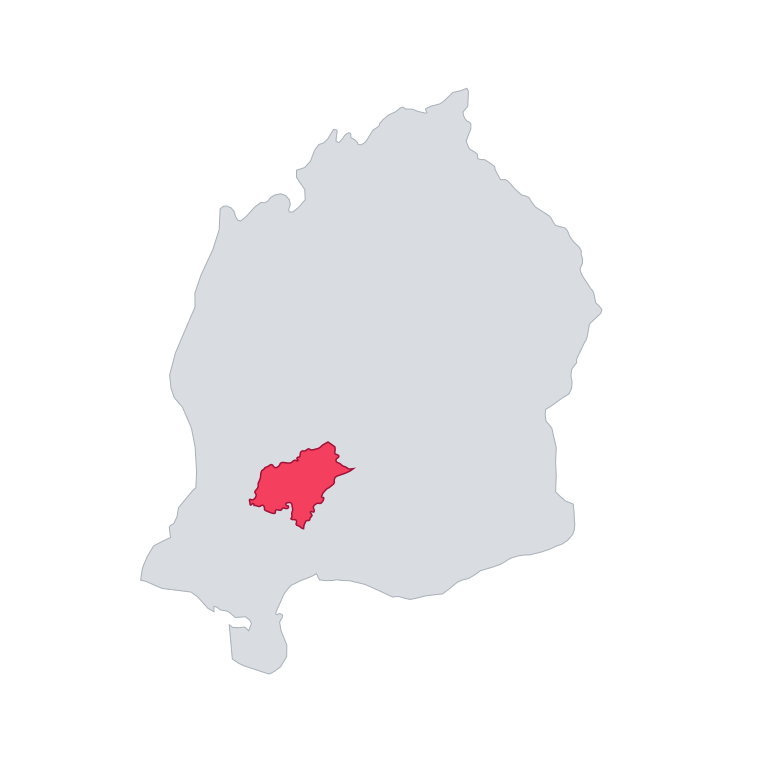 where Buzau sits in Romania, rotated 100°
{"feature_id": "ROU-314", "entity_name": "Buzau", "entity_type": "County", "adm_level": 1, "iso_a3": "ROU", "parent_name": "Romania", "parent_adm1": "", "projection": "albers", "projection_center": [26.856, 45.281], "detail": "fine", "context": "in_parent", "style": "filled", "palette": "rose", "viewbox_px": 768, "rotation_deg": 100, "n_neighbors": 0, "source": "natural_earth", "source_scale": "10m", "svg_char_len": 6729}
<svg xmlns="http://www.w3.org/2000/svg" viewBox="0 0 768 768"><g transform="rotate(100 384 384)"><path d="M591.8,431.5L598.8,441.0L607.7,445.9L628.0,450.9L629.8,450.2L629.9,449.2L628.5,447.8L628.2,446.0L629.2,443.8L632.0,443.7L636.6,445.5L645.2,442.4L657.8,434.4L669.4,432.5L680.3,436.7L685.9,441.8L689.6,446.7L688.8,452.9L688.2,456.8L685.9,472.8L684.2,478.9L681.2,485.6L648.0,494.6L650.0,490.7L649.1,484.1L647.5,479.0L650.5,474.4L642.9,472.9L639.7,475.5L637.3,480.0L639.8,490.0L636.3,495.6L634.9,498.8L634.9,506.2L632.9,509.4L632.5,512.9L637.8,511.9L635.6,518.3L625.8,530.8L622.4,538.1L623.9,567.0L619.7,584.4L619.5,589.6L608.6,589.9L605.4,589.6L595.1,587.2L583.5,582.8L576.6,573.9L572.2,567.6L562.5,570.6L560.6,569.9L557.9,566.8L550.6,564.8L541.5,564.9L521.1,553.3L518.9,551.3L503.0,553.3L479.1,559.0L460.8,566.0L441.8,578.5L434.0,588.1L425.0,593.1L412.3,596.7L389.6,594.8L366.2,589.4L341.0,583.5L327.3,586.0L308.8,583.2L281.2,575.9L260.6,573.1L240.0,575.8L236.7,572.9L236.1,569.6L237.1,565.1L240.1,561.6L245.2,559.1L248.0,556.4L248.4,553.6L243.0,548.8L232.0,541.9L227.6,537.7L226.5,536.7L226.4,533.1L224.2,530.2L219.9,528.0L216.7,524.1L214.6,518.7L215.4,513.7L219.0,509.2L223.5,507.4L228.8,508.3L231.1,507.0L230.4,503.7L225.4,499.2L216.2,493.6L206.3,495.8L195.8,506.0L188.6,507.3L184.7,499.8L177.2,495.1L166.1,493.0L159.5,489.8L157.2,485.5L152.5,482.0L142.0,477.9L142.1,474.6L143.9,473.9L147.7,473.9L152.9,473.5L153.8,471.8L154.0,470.1L150.1,467.7L146.1,465.9L144.1,464.3L142.9,462.6L142.7,460.9L144.0,459.9L145.6,459.9L147.3,459.0L148.5,455.2L150.9,452.1L152.5,451.1L152.6,448.7L151.1,446.4L149.0,444.3L145.8,442.9L135.9,438.9L131.1,433.8L128.0,433.4L123.3,430.5L118.2,426.1L114.0,420.0L109.3,415.8L108.2,414.2L108.2,412.8L109.2,411.2L109.3,409.5L108.4,403.7L109.7,397.8L109.9,392.2L110.1,389.7L109.2,388.8L108.2,389.6L106.9,390.6L105.7,390.7L102.4,386.3L98.4,377.6L95.5,374.6L89.7,370.3L84.9,366.7L81.8,359.4L78.4,353.8L81.1,351.7L95.9,349.7L102.4,353.4L105.5,352.5L108.7,350.2L110.5,348.3L110.9,346.2L112.6,343.7L117.6,342.8L130.5,345.3L136.0,342.0L138.0,340.1L139.5,335.7L141.2,332.2L145.9,330.6L146.1,327.3L145.6,323.7L148.9,315.9L150.7,312.8L153.4,311.8L156.8,309.5L162.6,304.6L161.6,300.0L162.9,296.7L169.2,288.9L174.0,281.2L174.2,277.3L175.1,273.8L179.1,270.3L183.4,265.6L189.7,250.5L191.7,248.1L195.4,245.3L198.1,242.6L199.0,232.5L201.6,229.7L206.4,226.7L211.3,221.7L215.3,215.7L218.4,212.9L222.2,212.4L226.5,210.1L231.1,209.5L235.5,210.9L238.4,210.4L242.8,207.6L254.3,196.8L256.0,194.5L258.3,193.1L267.3,189.6L269.7,185.8L272.9,182.3L276.8,182.8L289.2,192.1L302.9,192.1L305.4,192.6L306.2,192.8L307.8,193.6L325.9,198.6L328.7,198.2L329.5,197.9L336.7,201.7L343.2,201.4L349.5,199.1L355.9,198.5L361.8,200.2L366.1,205.3L377.5,216.4L380.9,220.4L386.2,220.0L392.2,218.1L398.3,211.1L416.8,203.3L430.9,201.5L444.6,198.4L460.4,196.3L465.0,189.6L467.6,185.1L469.4,176.8L477.9,174.4L486.0,172.7L488.8,171.7L494.7,171.3L499.3,172.0L506.3,176.2L511.2,181.4L513.2,185.5L517.4,191.3L521.9,199.5L526.9,210.4L528.0,215.9L529.9,221.8L533.6,229.1L540.7,237.1L541.7,238.6L544.9,244.2L551.2,256.7L556.4,261.7L561.0,267.1L563.2,272.5L566.6,277.5L574.3,284.0L580.5,289.9L585.7,307.1L589.4,315.0L591.7,321.1L590.8,333.4L592.3,338.6L589.6,348.3L584.7,367.8L583.7,383.2L584.8,391.5L585.0,396.8L586.3,400.2L587.8,407.2L588.1,413.3L586.2,415.1L583.6,416.6L582.6,417.9L585.1,420.6L588.5,425.7L591.8,431.5Z" fill="#d9dde1" stroke="#a8b0b8" stroke-width="1"/><path d="M467.5,418.1L468.7,417.5L469.3,416.6L469.8,414.5L470.2,413.2L471.2,411.6L471.8,410.4L472.1,409.2L472.2,408.1L472.5,407.0L473.6,404.4L473.8,403.3L473.6,402.3L473.3,401.5L472.7,399.5L475.6,402.3L478.3,406.2L482.5,413.7L483.7,415.2L484.9,416.1L486.7,416.3L487.6,416.3L488.4,416.1L489.1,415.8L489.9,415.8L491.4,416.4L495.5,420.0L496.9,421.8L499.1,423.4L501.9,425.1L502.7,425.4L504.0,425.6L504.9,425.9L505.6,426.0L506.0,426.0L506.3,425.7L506.4,425.3L506.5,425.0L506.4,424.7L506.2,424.2L506.4,423.8L506.8,423.5L507.8,423.4L509.4,423.7L511.3,424.6L512.4,425.4L512.8,426.3L512.8,427.1L512.8,428.2L513.3,429.4L515.0,431.2L516.1,431.9L517.0,432.2L517.9,432.2L518.6,431.8L520.2,430.9L521.0,430.7L521.8,430.6L522.3,431.0L522.4,431.6L522.2,433.3L522.5,434.1L523.0,434.3L523.6,434.0L524.2,433.5L524.7,432.9L525.3,432.4L525.9,432.1L527.0,432.4L527.7,432.8L528.4,433.4L528.9,433.5L530.1,433.5L530.9,433.7L531.3,434.1L531.6,434.7L531.7,435.5L531.8,436.2L532.3,436.9L532.9,437.2L536.1,438.1L537.5,438.2L540.5,438.1L540.3,439.9L539.1,442.0L538.6,443.3L538.2,445.4L537.6,446.1L536.8,446.3L535.8,446.1L534.8,446.2L533.6,446.7L533.1,447.5L533.1,448.4L533.5,450.5L533.2,451.9L532.8,452.3L532.4,452.1L531.8,451.8L531.2,451.6L530.3,451.6L527.7,452.4L526.9,452.4L523.8,452.0L518.6,453.8L517.7,454.6L517.1,455.4L517.0,456.0L517.1,456.7L518.1,459.3L518.5,459.7L519.1,459.8L519.9,459.7L520.5,459.0L520.7,458.5L520.7,457.9L520.7,457.2L521.1,456.8L521.7,456.6L522.3,456.6L522.9,457.0L523.3,457.5L523.6,458.1L523.7,458.9L523.6,460.8L523.7,461.8L524.0,462.4L524.7,462.7L525.4,463.0L526.0,463.4L526.4,464.1L526.5,465.0L526.4,466.9L526.4,467.7L526.7,468.3L527.2,468.7L528.0,468.8L529.6,468.7L530.2,468.9L530.5,469.5L530.7,470.4L530.6,471.9L530.3,473.9L529.6,477.3L529.1,478.9L528.6,479.8L526.2,480.4L525.5,480.8L524.7,481.6L524.5,482.5L524.6,483.3L525.2,483.9L525.9,484.7L526.4,485.8L525.9,490.2L526.2,490.8L524.7,491.6L524.5,492.0L524.5,492.5L524.9,493.0L525.6,493.4L526.1,493.9L526.4,494.4L526.1,494.8L525.5,495.1L524.0,495.5L522.1,496.3L521.7,496.4L521.2,496.3L520.9,496.1L520.8,495.6L520.8,495.1L521.0,494.6L521.0,493.9L520.9,493.3L520.5,492.6L519.9,492.0L519.0,491.4L518.0,490.9L516.4,490.5L515.4,490.6L514.6,491.1L513.9,491.8L513.0,492.4L512.1,492.4L511.2,492.0L509.2,490.8L507.7,490.2L506.4,490.2L504.1,490.6L503.1,490.6L502.3,490.4L501.6,490.1L497.7,489.4L493.4,489.8L491.8,489.6L490.6,489.3L488.4,487.3L486.9,486.6L485.7,484.4L483.2,481.8L482.9,480.9L483.0,480.1L483.4,479.4L484.6,478.2L485.1,477.4L485.3,476.2L484.9,475.3L484.4,474.6L482.9,473.2L482.4,472.9L480.5,472.4L479.5,471.7L479.0,470.8L478.7,469.4L478.6,465.9L478.5,464.6L478.2,463.1L477.8,462.2L477.2,461.3L475.6,460.1L474.7,459.0L474.5,457.9L474.6,457.0L474.8,456.3L474.7,455.6L474.4,455.4L473.9,455.6L472.8,456.6L472.3,456.9L471.8,456.8L471.1,456.2L470.8,455.0L470.1,454.5L469.4,454.2L466.5,454.4L465.6,454.2L464.7,453.7L464.2,453.0L464.0,452.4L463.9,451.6L463.8,450.5L463.1,449.6L461.2,447.6L460.9,446.6L461.1,445.9L461.5,445.2L461.6,444.4L461.3,442.9L459.1,438.0L458.2,436.7L457.3,435.8L454.7,433.8L450.8,429.1L454.4,421.5L457.0,420.7L460.2,420.6L461.0,420.3L461.4,419.8L461.7,418.0L461.9,417.1L462.5,416.1L463.2,415.9L463.8,416.0L464.5,416.5L465.7,417.6L466.4,418.0L467.5,418.1Z" fill="#f43f5e" stroke="#9f1239" stroke-width="1.5"/></g></svg>